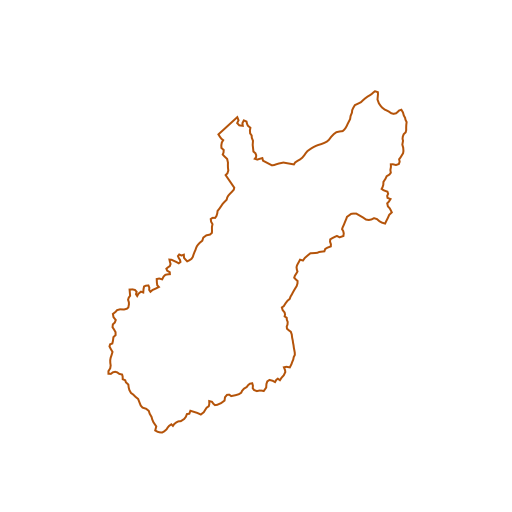 Caçador, Santa Catarina, Brazil, rotated 117°
{"feature_id": "56859067B84953016884325", "entity_name": "Caçador", "entity_type": "district", "adm_level": 2, "iso_a3": "BRA", "parent_name": "Brazil", "parent_adm1": "Santa Catarina", "projection": "orthographic", "projection_center": [-51.104, -26.764], "detail": "fine", "context": "isolated", "style": "outline", "palette": "amber", "viewbox_px": 512, "rotation_deg": 117, "n_neighbors": 0, "source": "geoboundaries", "source_scale": "gbopen_adm2", "svg_char_len": 5755}
<svg xmlns="http://www.w3.org/2000/svg" viewBox="0 0 512 512"><g transform="rotate(117 256 256)"><path d="M54.7,221.8L55.2,224.8L57.1,225.7L59.0,226.4L60.9,227.4L63.2,228.9L66.2,230.4L68.7,231.4L71.3,232.3L73.2,233.7L76.7,236.4L79.8,236.6L82.4,236.5L84.7,235.6L88.3,235.3L91.3,234.3L94.4,234.3L96.8,234.3L98.9,234.2L101.2,234.3L103.3,234.7L105.4,235.5L107.0,237.9L109.2,240.6L112.0,242.0L115.6,243.1L119.5,243.8L121.9,244.8L124.1,246.4L126.5,248.5L129.1,251.2L130.7,252.6L132.7,254.1L134.7,255.4L136.7,256.5L139.2,257.8L141.9,258.4L144.3,258.7L147.4,259.4L150.0,260.6L152.4,262.2L154.9,263.6L157.2,263.8L160.3,274.0L163.2,277.6L165.2,279.7L166.7,281.1L168.0,283.0L167.9,293.0L165.9,294.8L167.9,297.0L169.5,298.6L169.9,301.2L167.9,300.8L166.1,301.6L164.7,303.2L164.1,305.7L158.5,309.4L154.7,311.0L152.6,313.4L150.6,314.6L149.4,316.9L146.7,318.5L144.3,319.2L143.6,322.4L142.2,324.1L140.5,325.5L140.7,328.4L143.8,328.4L146.0,326.9L147.2,330.2L146.1,333.1L143.0,333.2L140.8,335.7L164.7,344.7L166.2,342.2L167.3,339.9L167.7,337.8L170.3,338.0L173.0,337.2L175.4,335.9L176.2,332.9L178.6,331.9L180.7,331.7L181.6,329.3L182.6,325.8L185.5,323.4L187.8,322.3L190.0,321.1L192.4,319.5L195.3,319.0L197.7,319.8L205.0,306.4L207.0,305.9L209.7,306.6L212.5,307.5L214.8,308.1L216.9,308.2L219.2,307.7L222.6,308.8L224.8,309.4L227.4,309.7L230.4,310.1L233.3,310.7L235.5,309.9L238.2,309.4L240.6,309.7L241.8,312.1L243.6,313.1L245.8,311.6L247.4,309.2L250.0,308.5L251.6,307.7L253.6,306.6L255.4,305.8L257.8,306.7L260.1,309.6L263.5,311.3L266.8,310.8L269.7,312.1L272.2,312.8L274.1,313.1L276.1,313.0L278.0,312.7L280.1,312.6L283.1,312.3L285.6,311.9L287.9,312.2L290.3,313.6L292.0,314.9L291.1,317.4L290.3,319.3L287.6,320.9L289.4,322.6L289.5,325.1L291.5,325.5L293.0,323.7L294.0,321.9L295.6,320.6L297.6,321.5L297.5,324.3L297.6,326.9L297.7,329.5L298.5,331.5L300.2,330.1L301.9,328.5L304.1,328.2L306.1,329.3L308.0,330.1L309.4,328.5L309.6,325.5L311.3,324.5L312.4,326.3L313.9,328.2L316.2,329.0L319.4,329.0L320.0,332.0L321.6,334.0L324.6,332.3L326.9,330.7L327.7,328.5L330.6,330.6L333.3,332.8L335.8,333.8L334.7,335.8L332.6,336.7L331.1,338.5L332.5,340.7L334.0,341.9L336.5,341.2L339.7,339.9L340.0,342.3L342.9,343.6L345.6,343.7L344.5,345.6L342.1,346.1L341.2,348.4L341.8,350.8L343.3,353.4L345.7,351.9L348.6,350.1L350.8,350.5L353.1,350.1L354.9,348.3L356.7,347.3L359.8,346.4L361.6,347.1L363.6,349.3L365.2,352.9L367.3,355.2L369.6,355.8L372.6,357.2L375.2,355.2L376.7,351.9L379.4,351.6L381.9,352.5L384.6,351.5L385.9,349.2L387.6,346.6L390.2,345.2L393.0,346.2L396.7,344.9L399.2,344.3L400.9,345.9L403.1,345.5L404.7,343.3L406.6,340.3L409.9,339.7L412.7,339.3L415.0,338.6L417.4,337.3L419.5,335.8L422.3,334.9L425.6,335.2L427.9,334.0L426.9,331.8L424.6,330.7L423.1,328.9L422.7,326.8L423.1,324.3L422.4,321.5L423.8,320.2L426.3,318.8L426.1,316.1L427.6,314.6L428.5,311.4L431.0,309.7L432.9,308.0L434.8,305.2L435.2,302.5L436.2,299.4L436.9,296.1L439.5,293.2L441.6,290.8L442.6,288.3L442.0,284.5L442.7,281.2L444.8,279.1L446.8,276.0L448.7,274.3L450.7,271.9L453.1,267.5L457.2,266.6L457.3,263.9L456.8,261.6L455.9,259.5L454.0,258.2L451.1,257.0L448.9,256.8L446.8,256.3L444.4,255.0L445.1,252.9L442.9,252.6L440.5,251.5L438.6,250.1L437.3,248.0L433.8,246.0L431.1,245.5L428.2,245.8L426.8,243.8L423.7,244.2L423.1,240.8L422.5,237.2L422.3,233.2L418.9,231.6L416.1,231.4L413.5,231.1L411.4,229.9L409.1,230.4L406.5,231.8L405.9,229.0L407.0,226.9L407.5,224.9L406.3,223.1L402.9,220.3L399.1,218.4L395.9,219.5L392.9,218.8L391.7,216.9L392.1,214.5L389.2,210.9L386.9,208.5L384.5,207.1L382.5,207.2L379.7,206.5L377.0,204.8L374.7,204.4L372.6,203.5L371.1,201.6L372.9,199.9L375.3,198.9L376.3,196.9L376.0,193.9L374.3,191.8L373.4,189.9L372.8,187.8L368.6,187.2L365.3,188.6L362.6,189.0L360.3,187.7L359.6,184.5L359.7,181.8L357.2,181.7L355.4,180.9L355.8,178.3L353.0,178.0L349.7,177.1L346.1,177.2L344.5,178.3L342.5,180.6L340.9,178.6L339.9,175.3L336.4,175.3L334.2,175.6L331.4,175.8L328.9,176.5L326.5,176.5L324.5,177.6L322.9,178.8L320.6,180.6L318.4,182.1L316.5,183.6L314.6,184.9L312.4,186.7L309.7,188.5L307.7,190.6L307.3,193.1L306.7,195.4L304.9,196.6L302.8,196.8L300.4,197.8L298.8,199.6L297.1,200.6L296.8,203.1L295.0,203.5L293.3,204.9L292.1,207.7L290.1,209.6L288.1,208.5L284.7,208.2L281.5,207.6L279.0,206.5L276.4,206.8L273.9,206.6L272.0,206.6L269.3,206.5L266.4,206.3L264.4,206.1L261.6,206.6L259.4,207.6L258.8,209.9L258.0,212.1L255.9,212.4L253.0,212.1L251.0,212.0L249.6,213.4L247.6,214.8L245.8,215.2L243.8,215.2L241.7,215.1L239.3,215.1L238.7,212.1L235.5,211.6L231.8,210.1L228.9,208.8L227.8,206.9L226.5,204.7L225.3,202.8L223.7,201.5L222.4,199.6L220.8,197.2L218.3,197.5L216.2,196.2L213.5,193.7L211.5,194.6L209.7,196.5L207.5,197.4L205.4,196.1L203.1,194.4L201.4,193.0L201.4,190.0L198.5,187.2L196.0,188.1L194.2,189.6L193.0,191.5L191.1,191.8L188.2,191.9L184.9,192.2L182.0,192.4L179.8,192.7L177.5,191.5L175.3,190.4L174.0,188.5L172.7,185.9L172.9,182.2L173.1,178.2L173.6,174.5L172.7,171.8L171.0,169.7L168.7,168.0L168.2,165.0L169.0,161.8L169.1,158.9L168.5,155.7L165.7,155.8L162.4,155.8L158.8,156.0L155.5,154.8L154.2,156.5L152.8,158.5L151.9,161.0L149.5,163.0L147.3,162.3L144.2,162.0L144.5,165.2L142.9,166.4L140.6,166.5L139.0,168.1L139.3,170.2L139.5,172.4L139.2,174.5L137.1,174.5L134.8,174.9L132.1,176.1L128.4,175.7L125.6,175.8L122.9,174.1L120.6,173.7L118.4,175.3L115.4,176.2L113.1,177.5L112.1,175.6L111.4,172.6L109.2,170.5L106.8,170.8L104.8,172.4L102.8,172.0L100.1,171.8L97.7,171.6L95.5,172.3L92.7,174.0L90.3,176.2L86.6,177.3L85.1,178.6L83.0,179.4L80.4,179.7L77.9,178.8L75.7,179.3L73.4,180.5L71.0,181.6L68.3,182.6L66.7,184.7L65.2,185.9L63.7,188.1L61.4,190.2L59.7,192.9L61.5,194.6L63.4,195.2L65.3,196.0L66.9,198.0L67.4,200.4L67.0,203.3L67.0,205.7L67.1,207.8L66.5,211.0L65.7,213.0L64.2,215.8L61.4,218.8L56.4,220.8L54.7,221.8Z" fill="none" stroke="#b45309" stroke-width="2"/></g></svg>